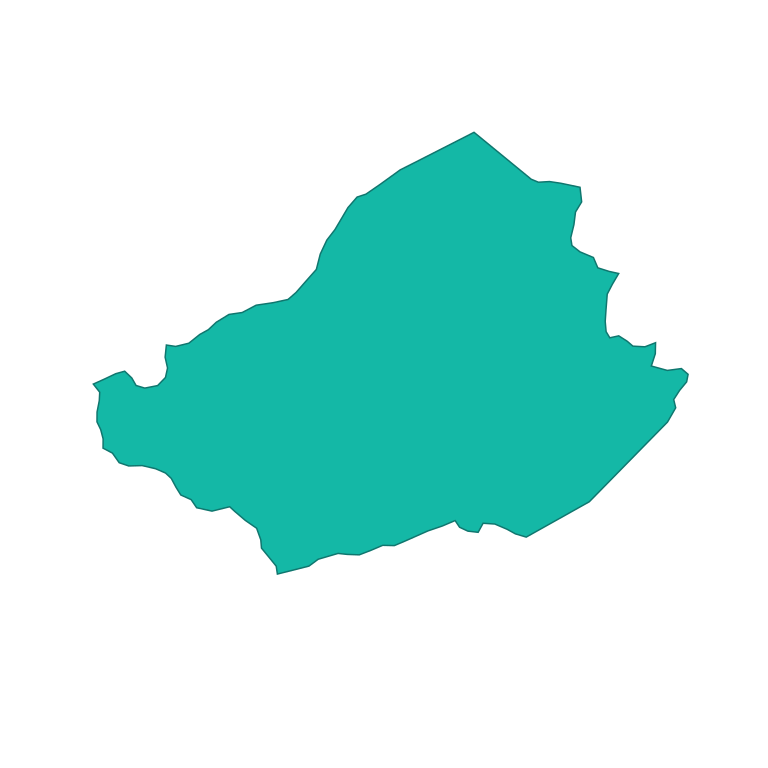 outline of Solânea, Paraíba, Brazil, rotated 247°
{"feature_id": "56859067B20295447972760", "entity_name": "Solânea", "entity_type": "district", "adm_level": 2, "iso_a3": "BRA", "parent_name": "Brazil", "parent_adm1": "Paraíba", "projection": "equal_earth", "projection_center": [-35.722, -6.744], "detail": "fine", "context": "isolated", "style": "filled", "palette": "teal", "viewbox_px": 768, "rotation_deg": 247, "n_neighbors": 0, "source": "geoboundaries", "source_scale": "gbopen_adm2", "svg_char_len": 1623}
<svg xmlns="http://www.w3.org/2000/svg" viewBox="0 0 768 768"><g transform="rotate(247 384 384)"><path d="M456.5,621.1L467.5,627.5L474.4,637.1L488.5,641.3L499.7,625.2L505.7,615.4L509.4,605.0L515.0,599.5L580.5,565.2L575.8,498.2L574.8,482.7L569.3,458.6L565.8,441.5L566.6,432.3L560.5,419.8L545.3,399.2L538.8,387.6L528.5,376.1L515.9,366.5L509.0,352.0L502.6,338.8L499.3,328.6L502.3,313.2L506.5,297.1L505.2,281.4L508.6,268.5L506.4,253.8L502.6,243.4L501.6,233.8L497.8,220.3L500.0,206.9L504.9,198.9L494.2,193.0L483.3,191.0L475.4,185.4L471.0,175.0L473.7,162.2L479.5,155.2L488.1,154.2L497.1,150.3L498.3,141.1L497.8,129.1L497.5,116.4L487.5,119.1L479.9,115.4L470.3,108.9L461.3,105.0L452.7,105.4L443.2,104.0L434.7,100.3L426.5,107.0L415.0,109.5L408.3,117.0L403.4,129.5L395.2,140.7L387.4,148.1L380.2,151.3L370.2,152.2L361.2,153.6L352.9,161.3L343.3,163.2L334.2,176.0L331.3,194.0L324.9,196.9L312.7,203.0L301.0,210.4L288.7,209.7L280.8,207.1L269.6,210.4L258.4,213.6L250.7,211.6L245.7,243.8L248.4,254.9L246.0,275.5L241.5,283.6L236.4,294.5L236.0,307.1L236.0,319.8L231.2,330.4L231.2,342.0L231.6,367.1L230.5,382.2L230.5,396.1L222.6,397.6L215.8,403.7L210.7,412.7L217.1,420.8L211.8,431.3L202.1,440.6L194.7,446.4L187.5,455.1L195.4,527.0L238.2,630.1L248.1,643.2L256.5,644.6L262.6,653.6L267.7,663.4L274.1,667.7L282.0,663.8L285.8,650.1L296.1,637.1L305.9,645.6L315.9,650.1L316.3,638.7L321.6,627.9L328.3,624.6L336.6,618.9L338.3,609.9L345.4,608.9L355.2,612.1L364.9,617.0L379.5,624.6L386.6,633.2L394.0,643.2L399.7,635.2L407.4,626.2L418.6,626.2L429.1,616.0L438.0,611.1L445.6,613.0L456.5,621.1Z" fill="#14b8a6" stroke="#0f766e" stroke-width="1.5"/></g></svg>